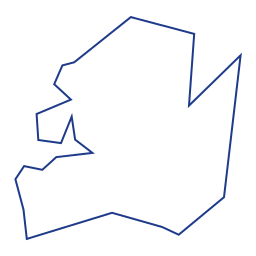 Charlottesville, Virginia, United States of America
{"feature_id": "52423323B38941447839141", "entity_name": "Charlottesville", "entity_type": "district", "adm_level": 2, "iso_a3": "USA", "parent_name": "United States of America", "parent_adm1": "Virginia", "projection": "natural_earth1", "projection_center": [-78.498, 38.04], "detail": "fine", "context": "isolated", "style": "outline", "palette": "blue", "viewbox_px": 256, "rotation_deg": 0, "n_neighbors": 0, "source": "geoboundaries", "source_scale": "gbopen_adm2", "svg_char_len": 403}
<svg xmlns="http://www.w3.org/2000/svg" viewBox="0 0 256 256"><path d="M15.4,179.2L23.5,209.6L26.8,238.9L112.0,212.8L162.1,227.0L178.7,234.7L224.0,197.2L240.6,55.3L189.0,105.6L194.2,33.9L130.8,17.1L74.2,62.3L62.4,65.4L54.2,84.2L70.9,99.6L36.6,114.0L38.3,140.0L61.0,143.1L71.7,116.6L75.1,139.6L92.4,152.9L56.3,157.1L42.3,169.8L24.1,166.1L15.4,179.2Z" fill="none" stroke="#1e3a8a" stroke-width="2"/></svg>